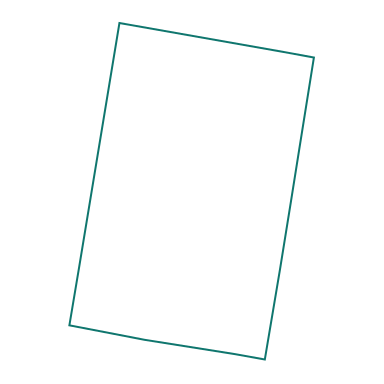 the district of Tipton, Indiana, United States of America, rotated 100°
{"feature_id": "52423323B43901901323183", "entity_name": "Tipton", "entity_type": "district", "adm_level": 2, "iso_a3": "USA", "parent_name": "United States of America", "parent_adm1": "Indiana", "projection": "equal_earth", "projection_center": [-86.011, 40.311], "detail": "fine", "context": "isolated", "style": "outline", "palette": "teal", "viewbox_px": 384, "rotation_deg": 100, "n_neighbors": 0, "source": "geoboundaries", "source_scale": "gbopen_adm2", "svg_char_len": 302}
<svg xmlns="http://www.w3.org/2000/svg" viewBox="0 0 384 384"><g transform="rotate(100 192 192)"><path d="M344.6,289.6L345.8,213.0L344.2,121.2L344.3,91.2L253.2,91.9L184.8,92.9L131.4,93.8L38.4,95.3L38.2,126.2L38.2,292.8L285.4,290.1L344.6,289.6Z" fill="none" stroke="#0f766e" stroke-width="2"/></g></svg>